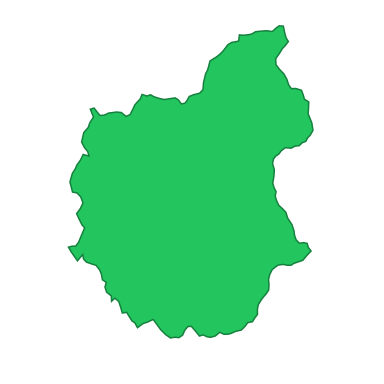 Jacutinga, Minas Gerais, Brazil (Equal Earth projection), rotated 349°
{"feature_id": "56859067B357432124810", "entity_name": "Jacutinga", "entity_type": "district", "adm_level": 2, "iso_a3": "BRA", "parent_name": "Brazil", "parent_adm1": "Minas Gerais", "projection": "equal_earth", "projection_center": [-46.595, -22.286], "detail": "fine", "context": "isolated", "style": "filled", "palette": "green", "viewbox_px": 384, "rotation_deg": 349, "n_neighbors": 0, "source": "geoboundaries", "source_scale": "gbopen_adm2", "svg_char_len": 2654}
<svg xmlns="http://www.w3.org/2000/svg" viewBox="0 0 384 384"><g transform="rotate(349 192 192)"><path d="M108.0,91.3L109.6,99.6L104.8,104.7L102.6,108.7L97.1,113.0L93.2,121.9L94.9,127.9L97.3,132.3L97.8,137.1L92.3,134.4L88.6,139.4L84.2,143.5L82.0,146.8L78.1,150.9L74.1,158.8L74.7,169.3L78.8,170.9L81.8,175.4L82.9,182.0L79.1,187.1L74.6,191.2L75.8,196.3L77.8,203.5L79.8,206.6L74.6,214.4L71.1,219.7L67.6,222.9L63.5,222.3L60.2,222.6L62.0,227.8L64.0,232.2L66.4,237.7L69.5,235.2L72.8,232.6L72.8,237.3L75.0,240.7L79.8,243.5L83.9,245.7L86.5,251.0L87.4,255.7L87.3,261.1L90.6,264.4L88.4,268.8L89.1,274.0L93.0,278.7L92.2,283.9L96.0,281.5L99.2,285.5L99.9,290.8L100.5,297.5L104.9,297.7L108.3,306.8L111.0,309.7L112.6,314.8L118.8,311.8L123.7,311.2L129.6,309.7L132.0,314.8L135.0,321.2L138.8,326.8L143.0,331.2L147.6,331.3L151.4,332.5L155.5,330.7L158.6,326.3L162.2,323.3L165.8,323.8L169.2,329.8L171.8,334.8L175.7,334.4L179.0,336.9L182.6,338.2L187.4,337.8L192.5,335.0L196.3,337.8L200.5,338.5L203.7,338.2L207.7,337.2L214.1,336.9L218.7,333.8L221.7,330.9L226.6,330.9L229.8,327.4L232.9,324.7L233.8,319.7L235.6,315.2L238.7,311.8L241.7,309.0L245.4,306.1L248.5,303.0L249.9,297.8L250.4,292.7L252.5,287.9L255.9,283.5L259.7,281.5L262.6,280.2L267.7,280.5L271.7,282.1L275.3,282.8L278.4,281.5L282.0,281.0L287.7,280.2L292.8,276.1L297.6,272.7L295.6,268.6L295.2,264.4L291.9,263.0L287.7,262.8L285.1,258.9L284.4,254.2L284.7,249.4L283.9,243.2L280.9,235.8L280.3,229.9L278.0,226.2L274.6,221.6L273.4,216.7L272.9,211.9L274.6,207.6L273.4,203.5L273.0,198.4L275.3,192.6L277.1,185.7L276.5,179.5L278.2,175.3L280.9,172.8L284.3,171.4L287.6,168.5L292.0,166.3L297.8,167.9L301.9,166.6L305.9,167.0L309.6,164.7L313.4,164.0L315.7,161.0L318.9,158.8L322.5,154.6L322.8,147.2L321.9,142.2L320.9,137.4L322.1,133.1L323.8,125.9L320.1,122.4L319.7,118.0L318.9,113.0L313.6,110.2L309.3,109.5L307.4,105.6L306.6,99.4L304.7,93.6L301.2,88.1L298.7,83.0L299.6,77.1L304.2,72.7L308.1,68.5L311.9,65.7L315.3,62.7L313.8,58.8L313.4,54.2L313.3,46.6L309.3,45.5L305.5,47.3L301.4,49.8L296.3,48.0L290.9,47.3L285.0,46.8L280.8,48.3L277.0,48.4L271.7,47.8L268.5,46.8L266.6,52.7L263.3,52.8L259.6,52.7L255.4,54.2L252.3,57.0L248.8,60.0L245.2,62.3L241.6,64.2L237.9,65.5L234.6,66.9L232.6,71.2L230.6,75.2L228.0,78.4L226.4,81.9L224.2,86.7L222.3,93.6L218.3,96.5L212.0,96.8L207.5,97.7L204.8,101.0L202.0,103.5L198.4,103.5L196.1,98.9L193.5,96.4L188.6,96.2L182.3,95.9L177.1,93.6L172.8,91.2L169.8,88.6L166.0,89.2L161.6,86.7L158.9,90.8L155.9,93.0L152.6,95.5L149.6,99.6L146.0,104.2L141.7,105.2L137.8,100.5L133.3,99.1L129.7,98.9L125.2,98.6L120.6,99.8L116.2,99.3L113.7,94.5L111.9,90.9L108.0,91.3Z" fill="#22c55e" stroke="#15803d" stroke-width="1.5"/></g></svg>